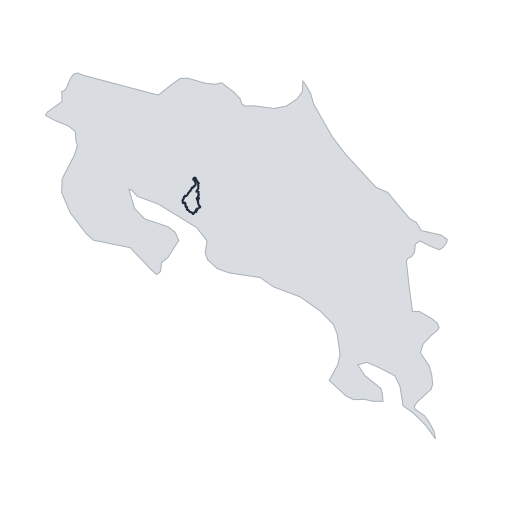 Montes de Oro, Puntarenas, Costa Rica (highlighted), rotated 353°
{"feature_id": "36466004B99490544719136", "entity_name": "Montes de Oro", "entity_type": "district", "adm_level": 2, "iso_a3": "CRI", "parent_name": "Costa Rica", "parent_adm1": "Puntarenas", "projection": "robinson", "projection_center": [-84.712, 10.146], "detail": "fine", "context": "in_parent", "style": "outline", "palette": "slate", "viewbox_px": 512, "rotation_deg": 353, "n_neighbors": 0, "source": "geoboundaries", "source_scale": "gbopen_adm2", "svg_char_len": 5988}
<svg xmlns="http://www.w3.org/2000/svg" viewBox="0 0 512 512"><g transform="rotate(353 256 256)"><path d="M447.8,263.0L447.1,265.4L445.2,267.9L442.3,270.5L438.6,272.2L429.4,267.0L420.5,261.0L415.6,263.7L413.8,271.5L410.5,275.4L406.3,277.0L404.6,279.6L404.3,305.7L404.6,330.3L411.4,330.9L422.7,339.5L427.5,344.5L429.0,349.1L427.6,351.4L419.4,356.8L411.3,363.6L407.3,372.1L414.4,385.8L415.9,395.1L415.7,404.8L413.7,409.5L398.1,420.7L394.7,424.6L395.2,427.4L403.8,435.1L407.9,442.6L411.3,451.6L411.8,459.4L403.9,444.9L393.1,431.1L383.7,422.6L383.0,402.7L379.2,391.9L365.0,382.0L352.9,375.0L343.9,376.4L349.4,387.9L363.7,402.5L364.6,408.1L364.4,415.7L354.6,414.5L345.9,411.4L335.4,410.5L328.4,406.0L313.5,388.5L324.1,373.6L327.4,363.8L327.1,343.4L324.6,333.6L313.2,318.6L295.0,302.1L269.5,288.7L257.5,277.9L227.6,269.6L216.2,264.0L207.4,253.8L206.0,246.5L209.2,235.2L200.9,220.9L165.4,192.6L145.5,182.3L141.2,176.2L138.1,174.3L141.1,193.7L149.8,205.5L172.5,216.4L178.8,222.8L181.3,231.1L168.1,247.0L161.4,251.0L159.4,259.7L155.1,262.3L150.6,257.3L132.2,232.4L96.6,220.5L90.1,213.1L76.9,190.4L70.8,169.6L73.0,155.8L87.7,134.2L92.2,124.8L91.3,119.1L91.8,110.6L86.3,104.6L72.8,96.9L64.2,90.7L66.6,87.6L82.1,79.2L83.1,71.7L83.0,69.2L85.5,68.6L87.8,66.7L89.2,64.6L93.4,57.3L97.1,53.2L101.4,52.6L106.6,55.6L126.1,63.4L147.8,72.1L178.7,84.4L191.5,76.5L202.5,70.5L210.2,71.3L226.8,78.4L236.8,80.6L243.0,79.9L253.6,90.2L259.4,98.0L260.3,103.2L263.6,105.9L271.9,106.6L292.1,111.8L304.5,110.8L315.8,105.2L322.0,98.6L323.9,88.1L326.7,93.3L330.1,101.4L331.6,111.9L346.2,147.0L357.8,166.6L383.3,202.3L394.4,208.9L413.0,237.6L419.4,242.4L423.1,250.9L442.4,257.8L447.8,263.0Z" fill="#d9dde1" stroke="#a8b0b8" stroke-width="1"/><path d="M203.1,172.4L203.3,172.4L203.4,172.2L203.5,172.0L203.8,172.0L204.0,172.2L204.0,172.4L204.0,172.6L204.1,172.8L203.9,173.1L203.8,173.3L204.0,173.8L204.1,174.0L204.3,174.1L204.4,174.5L204.5,174.7L204.7,175.1L204.8,175.1L204.7,175.5L205.0,175.9L205.1,176.1L205.1,176.5L204.8,176.8L204.8,177.0L204.7,177.4L204.6,177.8L204.6,178.1L204.3,178.5L204.1,178.5L203.9,178.8L203.6,179.0L203.4,179.1L203.3,179.3L203.0,179.1L202.8,179.2L202.6,179.4L202.5,179.6L202.4,179.7L202.3,179.8L202.1,179.9L201.8,180.1L201.4,180.2L201.3,180.4L201.1,180.5L201.1,180.8L200.9,180.8L200.7,180.8L200.6,180.7L200.5,180.8L200.4,180.9L200.2,181.0L200.2,181.4L200.0,181.7L199.9,182.0L199.5,182.2L199.4,182.3L199.4,182.5L199.1,182.9L199.0,183.0L198.8,183.2L198.8,183.3L198.6,183.3L198.2,183.4L198.2,183.6L197.8,184.0L197.7,184.3L197.5,184.5L197.3,184.7L197.1,185.0L196.6,185.1L196.4,185.2L196.3,185.5L196.1,185.7L196.0,185.9L195.9,186.0L195.5,186.8L195.4,187.0L195.1,187.3L194.8,187.5L194.4,187.6L194.3,187.8L194.2,187.9L193.7,187.9L193.4,188.0L193.3,187.9L193.1,187.8L193.1,188.0L192.8,188.1L192.6,188.5L192.1,188.8L191.9,188.8L191.8,188.6L191.6,188.6L191.5,188.8L191.7,189.2L191.7,189.4L191.6,189.5L191.4,189.8L191.2,190.0L191.1,190.4L190.9,190.8L190.6,190.9L190.4,191.0L190.2,191.3L190.0,191.6L190.1,191.9L190.0,192.1L189.8,192.3L189.8,192.6L189.8,193.1L189.9,193.3L189.9,193.5L189.9,194.1L190.0,194.4L190.0,194.5L190.4,194.4L190.5,194.2L190.9,194.1L191.2,194.2L191.5,194.4L191.6,194.5L192.0,194.5L192.1,194.8L192.2,195.0L191.9,195.1L191.7,195.2L191.7,195.3L191.8,195.4L192.0,195.6L192.1,195.8L192.1,196.1L192.2,196.4L192.4,196.7L192.4,196.8L192.4,197.1L192.1,197.3L192.0,197.5L192.2,197.8L192.3,198.0L192.2,198.3L192.4,198.6L192.5,198.7L192.6,198.9L192.6,199.0L192.9,199.1L193.0,199.0L193.3,199.2L193.5,199.2L193.5,199.3L193.5,199.5L193.4,199.8L193.4,200.1L193.5,200.2L193.4,200.4L193.3,200.7L193.2,200.9L193.1,201.0L193.0,201.3L193.1,201.5L193.4,201.8L193.9,202.0L194.1,202.1L194.4,202.1L194.5,202.3L194.9,202.7L195.0,203.0L195.5,204.2L195.9,204.3L196.6,204.4L196.8,204.5L197.1,204.6L197.4,204.8L197.5,204.9L197.5,205.3L197.9,205.5L198.0,205.5L198.3,205.9L198.4,206.1L198.4,206.5L198.5,206.6L198.8,206.6L198.9,206.2L199.0,206.1L199.5,206.1L199.7,205.9L199.7,205.7L200.0,205.5L200.1,205.4L200.5,204.9L200.7,204.6L200.8,204.5L200.8,204.4L201.0,204.3L201.3,204.5L201.7,204.7L201.9,204.8L202.0,204.9L202.2,204.7L202.1,204.4L202.3,204.2L202.4,203.8L202.4,203.4L202.3,203.0L202.2,202.9L202.2,202.6L202.3,202.5L202.5,202.5L202.8,202.7L203.1,202.5L203.2,202.3L203.4,202.5L203.5,202.3L203.8,202.2L204.1,201.9L204.4,201.7L204.6,201.7L205.0,201.3L205.4,201.1L205.6,201.1L206.0,201.0L206.3,201.0L206.5,200.8L206.6,200.5L206.6,200.2L206.4,200.2L206.1,199.8L205.9,199.6L205.7,199.3L205.7,199.2L205.7,198.9L205.6,198.6L205.3,198.2L205.3,197.8L205.3,197.6L205.2,197.2L205.1,196.6L205.0,196.3L205.0,196.2L204.9,195.9L204.8,195.7L205.0,195.3L205.2,195.0L205.2,194.9L205.2,194.7L205.2,194.4L205.3,193.9L204.7,193.7L204.6,193.4L204.5,193.1L204.4,192.7L204.2,192.3L204.3,192.2L204.2,191.8L204.2,191.6L204.3,191.3L204.4,191.1L204.9,191.2L205.3,191.6L205.7,191.9L205.9,191.9L206.0,191.9L206.2,192.1L206.3,192.1L206.5,191.9L206.5,191.7L206.4,191.6L206.1,191.4L206.0,191.1L206.1,190.7L205.9,190.2L205.7,189.8L205.7,189.6L205.8,189.4L206.1,189.2L206.4,188.9L206.6,188.7L206.7,188.4L206.7,188.0L206.4,187.7L206.3,187.4L206.4,187.2L206.4,186.9L206.4,186.7L206.5,186.5L206.7,186.4L206.8,185.7L206.7,185.7L206.7,185.4L206.6,185.2L206.4,185.1L206.1,184.9L205.9,184.9L205.2,184.9L204.9,184.8L204.7,184.8L204.7,184.6L205.5,183.6L205.6,183.4L205.8,183.2L206.0,183.0L206.1,182.9L206.3,182.7L206.5,182.6L206.6,182.4L206.8,182.2L207.0,182.0L207.0,181.2L207.0,180.6L207.1,180.2L207.4,179.8L207.4,179.7L207.4,179.4L207.2,179.1L207.2,178.5L207.3,178.4L207.3,178.0L207.3,177.8L207.4,177.5L207.8,177.1L207.4,176.9L207.4,176.4L207.4,176.2L207.5,176.0L207.6,175.9L207.0,175.0L206.9,174.8L206.7,174.7L206.4,174.2L206.2,173.8L206.2,173.6L206.2,173.3L206.1,173.0L206.0,172.8L205.7,172.5L205.6,172.4L205.6,172.2L205.7,171.9L205.6,171.2L205.4,171.1L205.2,171.0L205.1,170.9L204.9,170.8L204.7,170.9L204.5,170.7L204.4,170.7L204.2,170.9L204.1,171.0L203.4,171.5L203.1,171.8L203.1,172.2L203.1,172.4Z" fill="none" stroke="#1e293b" stroke-width="2"/></g></svg>